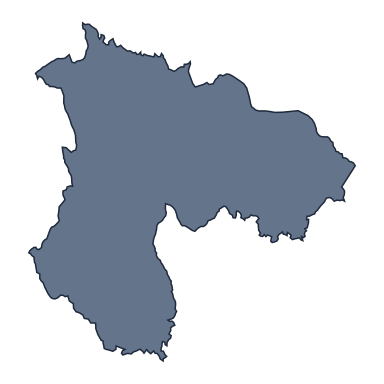 Cruz Alta, Rio Grande do Sul, Brazil (Natural Earth projection)
{"feature_id": "56859067B45704163828292", "entity_name": "Cruz Alta", "entity_type": "district", "adm_level": 2, "iso_a3": "BRA", "parent_name": "Brazil", "parent_adm1": "Rio Grande do Sul", "projection": "natural_earth1", "projection_center": [-53.567, -28.718], "detail": "fine", "context": "isolated", "style": "filled", "palette": "slate", "viewbox_px": 384, "rotation_deg": 0, "n_neighbors": 0, "source": "geoboundaries", "source_scale": "gbopen_adm2", "svg_char_len": 5837}
<svg xmlns="http://www.w3.org/2000/svg" viewBox="0 0 384 384"><path d="M28.8,252.9L30.6,253.7L31.9,255.6L33.9,257.0L34.5,262.0L35.5,264.3L36.8,272.4L39.8,274.0L39.8,278.7L41.5,281.3L43.0,282.5L44.1,285.2L44.9,287.4L47.9,293.4L50.3,296.9L52.3,298.5L55.1,298.9L57.9,297.7L60.7,295.1L63.2,295.4L65.3,296.7L67.8,295.9L69.3,300.9L71.3,302.4L73.3,303.6L73.6,308.3L76.0,311.7L79.4,312.8L82.9,315.0L84.3,318.4L88.3,319.1L90.8,323.0L93.5,323.0L95.6,323.2L95.9,328.9L97.8,334.3L100.2,338.6L101.2,340.3L102.9,340.9L103.2,343.4L103.8,346.1L104.2,348.5L106.6,349.5L108.6,349.9L112.8,351.3L115.9,349.4L116.1,346.0L122.0,348.3L125.0,349.4L122.6,350.6L121.5,353.3L122.8,355.0L127.5,353.4L131.3,353.9L133.5,351.9L136.2,351.0L139.9,349.2L142.7,351.4L144.0,353.2L146.7,349.6L148.2,351.6L150.8,353.7L153.7,350.9L155.1,353.3L157.3,353.5L159.3,356.3L160.2,358.9L163.1,361.0L163.3,358.6L165.0,357.8L166.7,356.4L165.0,354.7L163.4,351.2L161.1,351.0L161.1,348.2L161.9,346.3L162.0,343.9L162.5,341.6L164.8,342.1L165.1,344.6L166.9,345.8L167.1,342.3L168.9,339.5L170.5,338.3L171.2,335.7L168.9,333.9L170.7,330.7L170.7,327.7L172.7,326.2L174.8,325.3L173.7,322.5L172.0,321.1L169.9,321.5L167.9,320.1L170.6,319.3L173.3,318.1L174.8,315.8L175.5,313.5L176.6,311.4L175.1,308.9L175.6,304.9L175.5,302.1L174.6,299.9L173.5,298.1L173.0,295.4L172.4,293.1L171.3,291.7L172.6,290.2L171.9,285.6L171.0,283.7L171.2,281.0L169.9,279.5L169.0,277.2L167.5,274.6L166.6,270.9L164.7,269.0L163.7,266.8L162.4,264.4L160.9,262.5L160.3,260.3L158.0,258.6L156.4,255.6L156.5,252.8L155.0,250.9L155.2,248.7L154.1,246.1L153.0,244.2L153.4,240.3L154.2,237.1L155.4,234.6L155.9,232.2L156.6,228.9L156.9,225.5L158.4,223.2L161.1,221.5L162.7,220.1L164.0,217.7L165.7,215.8L166.3,212.6L165.5,210.1L165.4,206.8L165.6,203.7L167.9,204.5L170.3,205.2L172.5,206.8L174.3,208.9L175.4,210.5L176.7,214.6L177.4,217.9L180.1,222.4L181.0,224.4L182.3,225.7L185.0,225.8L187.7,227.4L190.4,229.2L192.4,230.5L195.0,231.3L196.9,229.2L198.4,227.9L200.8,226.5L203.2,226.5L204.9,225.7L206.7,223.8L208.2,220.6L210.4,220.1L212.0,219.1L214.3,218.2L216.0,215.3L217.3,212.3L219.1,211.2L219.3,209.1L221.5,207.8L223.9,206.2L225.8,206.7L228.6,210.6L229.5,213.5L232.4,215.2L233.0,217.7L235.4,218.0L236.3,215.4L236.2,213.4L236.5,211.2L238.3,211.4L240.2,213.0L241.4,215.4L240.9,217.7L243.1,218.8L244.7,220.3L245.3,218.1L247.3,217.9L249.2,217.1L251.1,214.8L252.9,215.8L255.1,215.7L257.3,216.3L258.9,218.7L257.5,220.1L256.2,221.9L258.2,224.0L258.4,227.0L258.7,230.4L260.4,233.0L259.2,235.1L260.9,236.3L262.7,236.4L264.3,234.6L265.9,236.6L267.4,235.1L269.8,235.8L271.7,236.8L271.1,239.0L270.8,241.3L272.2,242.5L275.0,241.8L276.8,241.0L278.2,239.0L277.6,236.6L278.8,234.6L282.5,232.0L283.2,234.1L285.4,234.6L287.0,235.6L287.4,232.5L289.1,233.6L291.1,235.2L290.2,237.7L292.4,239.6L294.9,238.8L297.0,238.4L299.3,237.8L300.9,239.8L302.8,240.6L301.6,236.6L303.5,237.6L305.1,236.3L304.4,234.1L305.0,231.9L306.5,230.8L304.8,228.8L307.2,227.8L308.5,222.8L308.6,219.4L306.6,219.7L307.0,216.3L309.6,216.1L312.5,214.6L314.7,213.9L315.4,211.9L317.2,210.5L320.7,205.8L324.2,202.2L326.3,198.2L329.4,197.5L331.7,198.4L334.2,201.2L337.2,200.1L339.9,200.6L342.2,199.9L344.5,201.1L343.2,197.4L344.3,194.7L344.6,191.7L343.9,189.8L341.7,187.0L355.2,165.8L353.5,163.0L351.5,161.9L349.0,161.2L347.6,159.2L345.5,158.0L342.9,157.8L342.1,153.8L339.8,153.5L338.1,151.8L335.9,151.5L335.3,149.1L333.4,146.4L332.8,142.3L331.0,141.3L329.4,138.4L327.7,136.9L322.1,136.8L319.8,136.0L318.0,134.2L316.6,131.9L316.1,128.3L315.3,126.1L314.5,123.5L312.3,119.7L308.0,115.6L298.1,110.7L282.9,112.2L275.2,112.4L272.4,112.0L269.9,111.5L264.6,110.9L259.2,111.0L255.8,110.1L251.7,106.8L250.6,104.1L250.0,100.5L249.2,96.8L246.7,88.0L243.7,83.7L240.3,81.2L234.2,77.1L231.7,75.6L228.8,74.2L226.3,74.0L224.7,75.0L222.8,75.8L220.5,74.9L218.5,75.6L217.8,77.6L215.6,79.4L213.1,83.8L209.1,84.5L206.9,82.5L203.3,84.5L195.3,87.0L192.7,83.5L188.4,71.7L188.7,69.2L190.5,63.9L190.2,61.7L188.5,63.6L186.1,64.3L184.3,64.3L183.8,66.9L181.1,66.9L178.3,68.3L176.0,70.4L173.9,71.3L170.5,69.6L168.6,69.1L167.9,66.0L166.0,62.4L165.0,59.6L163.5,58.0L163.3,55.9L161.5,53.5L160.3,56.6L158.0,56.7L154.8,53.7L154.0,56.9L152.3,56.6L150.2,56.0L147.7,55.6L144.1,54.1L143.1,55.7L140.8,54.6L140.7,52.1L138.6,54.3L136.7,54.4L135.6,52.4L133.2,53.0L130.3,50.9L127.3,51.0L122.5,47.4L120.7,45.3L118.2,46.7L116.5,46.7L114.0,42.0L113.0,38.7L110.3,40.5L108.8,42.0L108.6,44.8L106.1,44.6L103.0,41.9L103.6,39.9L104.7,38.0L103.8,35.5L101.1,34.6L101.0,37.2L99.7,39.0L98.1,36.7L98.4,34.2L97.4,31.5L96.1,29.3L92.1,26.8L89.3,24.3L87.3,24.2L85.3,24.7L82.7,23.0L82.6,25.6L83.1,28.7L85.1,29.8L85.8,32.8L85.4,35.6L85.5,38.3L86.6,40.2L87.5,43.1L88.2,46.2L87.4,49.0L86.1,51.2L85.9,53.4L85.4,55.4L84.6,57.7L83.1,59.3L81.2,60.3L76.6,61.3L74.9,62.9L72.0,62.2L69.2,54.7L66.8,56.7L64.7,58.3L62.3,58.6L60.2,58.7L57.8,58.5L55.3,59.7L53.9,60.9L52.0,61.5L47.6,64.5L45.2,66.3L42.9,67.1L41.1,68.9L39.7,70.1L37.4,71.6L35.5,73.4L36.7,75.4L37.6,78.8L38.8,76.4L41.4,77.1L43.6,79.6L45.1,82.5L46.4,84.3L48.3,84.7L49.6,86.5L52.2,86.5L55.0,87.0L57.1,88.0L60.9,88.1L62.1,90.7L63.9,95.9L63.7,103.0L64.5,105.5L64.9,108.1L65.5,110.1L66.6,112.1L67.8,113.9L68.4,115.9L70.2,120.4L71.1,123.8L72.3,126.8L73.7,129.5L74.8,132.8L75.5,135.4L75.8,142.2L76.6,144.7L76.4,147.2L75.7,150.1L73.3,150.8L71.4,152.4L67.9,149.4L66.3,147.7L62.3,147.2L62.8,151.6L63.6,155.8L63.7,158.3L64.8,160.1L64.7,162.2L68.4,168.3L68.7,171.5L71.3,175.8L71.7,178.8L71.9,183.0L72.6,186.2L70.3,185.9L67.2,186.9L66.3,189.7L63.0,191.0L62.9,193.1L63.2,195.7L64.2,197.5L65.0,199.8L61.3,204.3L59.2,206.7L58.9,210.2L58.5,213.4L58.1,215.9L58.6,218.1L59.3,220.7L57.6,222.8L55.7,224.8L53.7,226.5L51.9,227.0L50.7,228.4L49.6,230.9L46.9,238.6L44.9,239.8L43.3,241.4L42.1,243.8L41.5,247.5L39.0,249.5L36.9,249.2L35.9,247.3L34.0,247.4L31.5,249.1L29.8,250.8L28.8,252.9Z" fill="#64748b" stroke="#1e293b" stroke-width="1.5"/></svg>